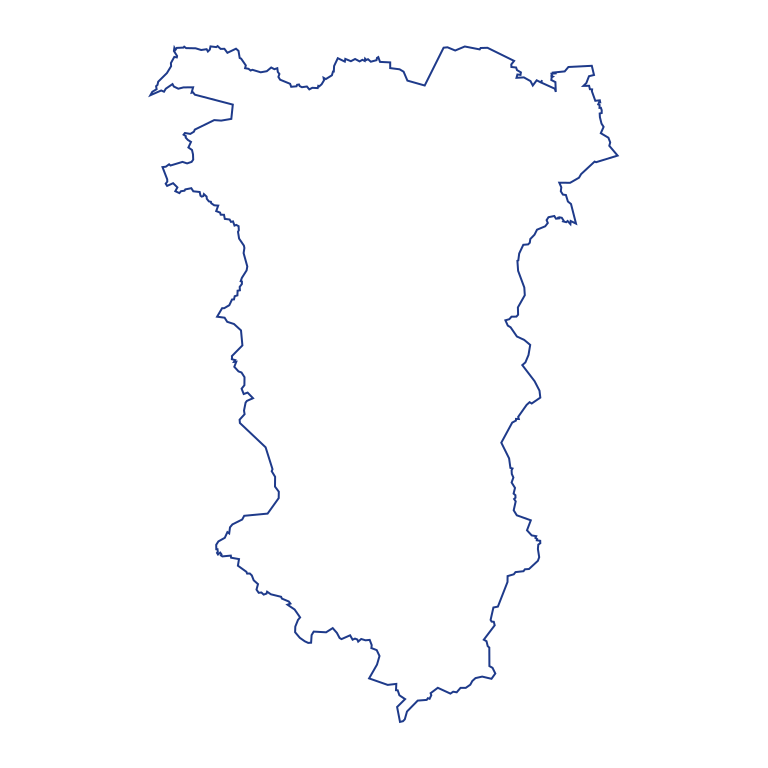 outline of Ario, Michoacán, Mexico
{"feature_id": "50627088B27695640729090", "entity_name": "Ario", "entity_type": "district", "adm_level": 2, "iso_a3": "MEX", "parent_name": "Mexico", "parent_adm1": "Michoacán", "projection": "natural_earth1", "projection_center": [-101.712, 19.129], "detail": "fine", "context": "isolated", "style": "outline", "palette": "blue", "viewbox_px": 768, "rotation_deg": 0, "n_neighbors": 0, "source": "geoboundaries", "source_scale": "gbopen_adm2", "svg_char_len": 5956}
<svg xmlns="http://www.w3.org/2000/svg" viewBox="0 0 768 768"><path d="M491.5,678.8L495.3,673.5L492.5,667.8L489.4,666.1L489.3,647.6L487.7,646.1L486.5,641.2L483.8,639.7L494.7,625.3L493.8,621.8L491.6,621.6L490.6,619.9L493.4,607.5L497.9,606.6L507.5,582.0L507.6,576.1L513.8,574.3L515.5,572.1L523.5,571.2L524.9,569.3L529.0,569.0L537.9,560.8L539.2,557.2L537.9,549.0L538.3,544.6L540.3,543.2L540.2,540.8L536.8,540.3L537.1,539.0L535.4,537.9L536.2,536.2L531.7,535.4L527.0,530.3L530.8,520.3L516.8,515.3L513.7,510.3L515.7,501.4L514.1,499.0L515.5,497.7L515.4,495.2L513.6,493.6L515.0,487.9L511.6,482.5L513.4,477.5L511.8,474.0L511.6,470.3L512.5,468.5L510.4,467.9L509.1,458.4L501.3,442.7L512.2,422.6L515.9,420.6L516.0,418.9L518.8,419.0L518.2,416.8L526.6,404.9L529.6,402.2L531.7,403.5L540.3,397.6L539.5,390.7L534.6,381.2L522.3,365.1L525.4,362.4L528.5,355.0L530.2,344.9L524.2,339.9L516.9,336.5L510.6,327.3L507.8,325.6L505.4,320.3L509.3,319.2L511.5,316.7L516.4,316.6L518.1,314.7L517.9,307.4L524.8,295.2L524.3,287.5L518.1,270.8L517.4,260.8L518.3,260.4L519.2,253.5L523.3,244.8L528.1,244.4L529.8,242.7L530.3,239.0L534.5,234.7L537.0,229.7L545.2,226.3L547.8,223.0L546.6,220.1L548.5,217.2L554.3,216.0L556.0,218.7L558.8,218.4L558.4,217.6L559.4,217.3L561.8,217.8L563.7,220.8L563.2,221.4L566.2,222.2L567.6,221.0L570.4,224.1L570.7,221.0L576.0,223.6L571.0,204.0L567.9,201.5L565.9,195.0L562.9,194.6L560.8,191.3L561.3,187.3L559.3,182.7L570.1,182.8L579.0,177.7L581.1,174.1L594.6,161.6L596.1,162.2L617.6,155.6L609.3,145.8L610.2,142.4L608.4,137.7L600.8,133.2L603.6,126.9L601.5,123.6L599.9,117.2L599.7,113.5L601.7,113.0L601.7,110.2L600.9,107.8L599.5,107.9L599.6,105.0L598.2,104.4L599.1,102.3L600.2,102.3L599.8,100.3L595.3,100.8L591.9,91.3L592.1,89.4L589.9,89.2L589.1,85.8L583.4,85.9L586.3,83.1L589.0,76.2L594.0,75.0L591.8,65.8L568.4,67.0L564.7,71.4L551.8,72.7L556.6,73.3L551.5,73.7L552.0,75.5L550.7,75.6L552.9,76.6L551.6,77.4L551.3,80.0L555.4,82.1L555.8,91.9L554.8,88.7L541.1,82.5L542.1,80.2L540.8,82.4L536.7,80.3L532.8,85.5L530.5,81.1L523.9,77.4L516.5,77.8L517.4,74.5L520.5,74.9L520.9,72.4L517.0,70.1L516.1,67.5L511.4,67.0L511.3,64.4L514.1,60.9L487.5,47.8L480.6,48.0L479.7,49.4L464.8,46.5L455.2,50.5L447.5,47.3L443.6,47.7L424.7,85.5L407.4,80.6L403.6,71.7L399.6,69.3L390.2,68.1L390.2,62.4L380.0,61.9L378.3,57.1L377.0,57.9L376.5,60.2L370.8,61.7L368.0,59.2L366.4,60.0L365.1,58.7L364.8,61.0L362.4,59.8L359.6,61.4L355.1,59.0L350.9,61.2L345.3,58.9L344.8,61.6L337.8,58.2L334.1,66.0L333.8,71.5L333.0,71.5L331.9,75.3L325.8,79.1L323.6,77.8L324.0,80.3L321.6,84.3L319.2,86.4L318.3,85.9L317.7,88.1L312.3,87.8L309.3,89.4L306.9,86.5L301.9,87.2L299.7,86.1L299.0,84.5L297.1,84.8L296.5,86.3L291.2,86.8L290.1,83.8L280.1,79.7L278.4,76.9L279.4,74.0L277.8,71.9L277.3,68.2L274.4,69.2L271.2,67.5L266.8,71.2L260.7,72.3L252.4,69.8L250.6,70.5L248.5,68.8L245.1,68.2L245.8,65.4L241.1,58.6L239.7,58.0L238.5,50.9L236.0,48.7L227.4,52.8L224.4,48.8L220.6,48.9L217.6,46.1L216.3,47.1L210.5,46.4L209.8,49.6L207.9,51.5L206.6,49.2L201.2,50.0L195.6,48.3L186.1,48.1L184.2,46.7L183.4,47.6L176.8,47.9L175.6,49.7L174.4,47.7L173.9,51.0L177.1,56.0L176.8,57.4L174.3,56.9L170.9,63.1L171.1,66.2L166.9,73.1L158.2,81.7L157.5,84.9L156.1,86.2L156.6,89.2L152.3,91.8L150.4,95.2L161.2,90.5L164.0,91.7L165.8,88.7L172.5,84.1L173.8,86.5L178.3,88.7L183.5,87.4L193.1,87.3L191.6,92.7L192.9,92.3L194.9,94.7L232.8,104.6L231.3,118.9L221.2,120.6L214.2,120.1L194.8,129.6L193.9,131.7L190.3,133.9L184.9,133.0L183.6,134.7L185.8,136.1L185.7,137.6L187.8,139.9L191.0,141.9L188.4,147.5L192.0,150.0L193.0,154.4L193.2,159.6L191.6,161.9L187.1,163.4L182.5,161.9L170.5,165.5L169.1,164.3L165.8,166.7L162.5,167.1L167.2,179.3L167.3,181.6L165.7,183.7L167.1,185.9L173.1,183.2L177.4,187.4L175.3,191.2L179.4,193.1L181.0,191.2L184.5,190.7L185.3,189.4L191.3,188.2L193.3,191.3L199.7,192.0L200.5,195.7L201.7,196.6L203.3,196.1L203.9,194.1L206.6,196.6L206.8,198.8L208.9,201.4L210.9,201.8L211.2,203.2L214.2,205.3L218.2,205.6L216.2,211.1L220.1,212.6L220.7,214.7L224.0,214.8L224.8,218.9L229.6,219.5L231.0,221.9L233.0,221.4L234.5,225.6L236.2,224.9L238.6,226.2L238.8,230.3L238.0,231.8L239.1,238.6L243.9,245.6L244.4,248.0L243.6,253.1L247.3,266.5L246.6,270.4L241.9,277.8L240.7,281.2L241.9,281.5L241.9,284.0L239.7,286.9L239.9,290.3L237.6,290.7L237.4,295.4L234.7,296.2L234.0,299.4L232.0,299.5L229.3,305.2L224.2,308.2L222.1,308.2L217.1,316.7L224.6,317.7L227.2,321.8L234.0,324.0L241.0,330.4L242.4,345.4L231.9,356.1L232.1,358.8L231.1,359.0L235.2,360.1L234.0,361.9L236.3,361.7L234.3,366.8L238.5,371.4L241.5,372.5L244.5,377.2L244.4,385.2L241.6,388.7L243.7,394.0L247.6,392.6L253.0,398.2L246.9,400.9L245.6,402.6L244.0,410.6L244.6,414.2L239.6,419.7L239.9,423.0L265.6,447.3L272.5,469.2L271.7,471.2L275.1,476.8L275.0,486.6L278.8,491.7L278.7,498.1L267.6,513.6L244.2,515.8L242.2,519.5L232.4,524.4L230.0,527.3L229.2,533.4L227.4,532.1L224.8,537.8L218.4,541.4L216.2,544.8L216.3,549.2L217.5,549.2L217.8,551.8L217.0,552.9L218.0,554.5L220.2,552.6L221.5,554.4L220.9,555.4L222.4,556.4L230.8,555.6L231.1,557.7L239.0,559.1L237.9,565.7L246.4,571.8L247.1,573.6L249.8,573.5L251.8,575.4L253.7,580.3L258.0,584.1L256.5,589.6L258.7,592.8L261.4,592.5L263.7,594.6L266.5,593.6L267.1,591.7L270.9,594.3L281.1,596.8L281.9,598.6L288.8,601.5L290.4,603.6L287.5,604.7L294.6,609.5L300.1,617.4L298.0,619.9L295.3,626.6L295.1,632.2L299.8,637.8L304.8,641.3L308.2,642.9L311.1,642.7L311.6,635.1L313.7,631.6L326.1,632.3L332.7,628.1L336.9,632.9L339.6,638.0L341.5,639.1L350.1,635.3L352.6,639.7L355.0,638.6L357.3,639.5L358.2,641.6L361.2,639.0L365.5,640.3L369.7,639.9L371.7,645.1L371.3,649.0L371.5,648.1L376.7,650.1L379.5,656.0L377.0,664.6L369.1,678.4L387.7,684.9L396.3,683.9L396.0,690.2L397.7,690.3L399.4,695.3L405.1,699.1L397.1,707.0L400.0,721.9L403.0,721.2L404.8,719.3L407.0,711.5L417.7,700.6L426.7,699.9L427.9,698.2L429.6,698.8L431.3,695.2L430.6,693.2L437.8,687.8L450.4,693.6L453.2,691.7L456.7,692.3L460.5,687.9L465.7,687.9L470.3,684.7L472.3,681.0L475.5,678.1L482.2,676.6L491.5,678.8Z" fill="none" stroke="#1e3a8a" stroke-width="2"/></svg>